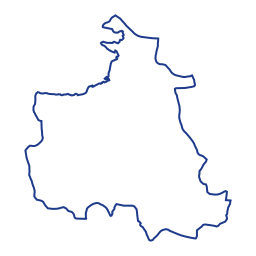 the district of Sinuras, Al Fayyum, Egypt
{"feature_id": "37247803B57049820860179", "entity_name": "Sinuras", "entity_type": "district", "adm_level": 2, "iso_a3": "EGY", "parent_name": "Egypt", "parent_adm1": "Al Fayyum", "projection": "orthographic", "projection_center": [30.822, 29.442], "detail": "fine", "context": "isolated", "style": "outline", "palette": "blue", "viewbox_px": 256, "rotation_deg": 0, "n_neighbors": 0, "source": "geoboundaries", "source_scale": "gbopen_adm2", "svg_char_len": 5692}
<svg xmlns="http://www.w3.org/2000/svg" viewBox="0 0 256 256"><path d="M86.2,218.5L85.9,217.7L85.8,213.3L86.0,212.2L86.5,210.9L86.9,208.8L87.7,207.7L90.5,205.5L92.3,204.4L93.5,203.8L96.4,203.0L98.6,203.2L100.7,204.4L102.6,205.1L104.4,206.4L105.8,207.4L107.2,209.2L108.0,210.7L110.3,215.6L110.8,215.9L111.5,215.6L112.5,213.4L112.2,211.9L112.7,211.1L114.2,209.2L114.5,208.1L114.4,207.4L115.9,204.7L116.7,204.1L119.6,204.8L122.2,205.3L123.8,205.7L125.7,205.7L132.7,205.7L134.3,206.4L136.5,209.2L136.8,210.8L137.2,213.9L137.2,214.7L138.0,220.9L138.8,221.5L139.3,221.5L140.7,223.2L140.2,224.1L140.2,225.1L141.0,226.1L142.7,227.1L146.0,232.0L146.9,235.1L147.7,236.4L148.0,237.4L148.6,238.7L149.4,240.2L150.8,240.6L152.3,240.1L152.8,239.9L154.0,238.3L155.3,237.2L157.1,235.5L159.9,232.0L161.1,230.9L162.4,230.1L165.5,229.2L166.9,229.4L168.7,229.9L169.5,230.7L177.8,234.1L181.0,235.3L184.9,236.4L190.2,237.6L195.2,238.5L195.8,238.4L196.5,237.4L197.0,235.3L196.9,234.2L197.0,230.3L201.1,227.0L201.6,226.7L202.6,225.4L203.4,224.8L205.5,224.5L213.1,225.6L215.0,226.0L216.6,226.5L218.1,225.9L220.2,223.7L225.1,221.7L226.8,219.3L227.0,218.0L226.2,215.2L226.7,214.6L227.2,213.8L227.3,211.7L227.8,209.4L228.0,208.0L229.5,204.8L230.0,204.0L230.2,202.7L230.2,201.9L230.6,200.5L229.8,200.4L229.1,200.4L227.5,200.2L225.9,200.2L226.7,194.2L226.9,191.8L225.6,191.1L224.0,191.7L222.8,192.5L219.9,193.9L217.3,194.5L215.0,194.6L211.8,194.2L209.7,194.0L207.3,192.0L206.9,187.8L206.8,186.7L206.0,184.4L204.6,184.2L203.6,184.0L202.0,182.7L200.6,181.4L199.1,177.0L199.1,175.2L199.3,174.9L199.5,173.4L199.5,171.0L200.7,169.7L202.2,167.3L202.9,165.7L203.7,164.3L206.0,161.6L206.7,159.5L203.1,156.2L199.4,154.8L198.3,153.8L197.5,152.5L197.2,151.2L197.2,150.4L196.1,148.3L194.9,145.8L194.0,143.4L192.4,140.9L189.4,137.0L187.7,135.0L186.4,133.5L183.9,130.9L182.5,128.9L181.3,124.5L180.5,122.7L179.3,118.3L179.2,115.6L179.6,112.7L179.8,109.9L179.4,105.9L178.5,102.6L177.2,97.4L177.0,96.3L176.9,95.3L175.5,93.0L175.2,91.2L174.9,88.8L176.1,88.2L184.8,88.0L187.4,87.6L189.0,87.3L191.3,87.0L193.4,86.4L194.2,86.3L194.9,85.3L194.9,84.0L194.3,82.1L194.2,80.1L192.0,75.4L191.2,75.7L190.2,76.3L189.1,76.3L184.9,77.0L183.9,77.0L182.3,76.8L176.5,75.4L174.4,74.7L171.9,72.9L171.1,71.9L169.5,69.4L168.4,68.3L166.2,65.8L165.4,65.0L162.7,64.3L160.1,64.2L159.0,63.9L157.4,62.9L156.3,61.7L156.1,60.9L155.8,59.9L155.5,59.1L155.5,58.6L155.6,55.7L156.1,53.8L156.3,52.2L157.0,49.3L157.9,45.9L157.8,44.1L158.0,41.7L158.2,39.9L158.2,38.5L152.1,38.2L144.0,37.2L141.1,36.8L137.9,35.8L134.7,33.8L131.9,31.0L126.3,25.7L124.3,23.2L122.2,20.9L121.3,19.9L120.2,18.6L115.4,15.4L113.4,16.7L112.3,17.3L111.1,18.6L109.6,21.1L109.1,21.6L107.5,22.4L106.2,22.7L104.9,23.3L104.4,23.8L103.4,24.7L102.9,25.7L102.7,26.8L102.9,27.2L112.2,29.1L112.8,30.6L113.3,31.4L114.2,32.2L114.7,32.4L115.7,32.6L117.8,32.6L118.4,32.3L119.1,31.7L120.2,31.2L120.7,31.2L121.5,30.9L122.0,30.9L122.8,31.4L122.5,31.9L122.8,32.1L122.8,32.9L123.1,33.7L123.4,34.2L123.7,35.0L123.2,35.5L122.7,35.8L123.0,36.6L123.5,37.4L123.5,37.9L123.3,38.7L121.8,40.0L121.0,40.1L120.2,39.8L119.5,41.4L119.5,41.9L118.7,42.7L118.2,43.0L117.9,43.3L117.4,43.1L117.1,42.8L116.6,42.8L115.8,42.6L115.0,42.1L114.5,41.8L113.4,41.9L112.9,42.7L112.2,43.0L111.1,43.0L110.6,42.8L107.2,42.9L104.8,42.2L104.3,42.2L103.5,41.7L101.9,42.3L101.7,42.5L101.1,42.8L100.9,43.1L101.4,43.8L101.7,44.6L102.3,44.9L103.1,45.4L103.6,45.6L104.4,45.8L106.6,47.9L106.8,48.4L107.4,48.9L107.9,49.1L109.0,50.1L109.8,50.4L110.3,50.9L114.6,52.6L115.1,51.0L115.3,50.5L116.1,51.0L116.4,51.2L116.9,52.0L118.6,55.6L118.1,56.4L117.4,56.7L116.6,56.7L116.3,57.5L116.4,58.0L116.9,58.3L117.2,58.8L116.7,59.3L115.4,59.9L114.8,59.9L113.8,60.5L112.8,60.8L112.3,61.0L111.5,61.8L111.3,62.6L110.8,63.7L110.6,64.8L109.9,68.4L109.9,69.0L109.5,70.8L109.0,71.6L109.0,72.1L108.7,72.7L108.5,73.7L108.6,75.6L108.5,76.5L107.8,77.4L107.1,77.2L106.8,76.9L105.8,77.5L105.5,78.0L105.0,78.3L104.7,78.6L105.3,79.3L106.8,78.8L108.2,78.7L109.0,79.2L109.3,80.3L108.5,80.5L108.0,80.6L107.2,80.8L106.4,81.7L105.6,81.9L105.1,82.2L104.6,82.2L104.2,82.4L103.5,81.8L102.2,82.3L102.0,82.6L102.0,83.1L100.7,83.7L100.5,83.4L99.1,83.5L95.5,85.4L94.2,86.0L94.0,86.3L92.8,86.8L92.4,86.8L91.9,86.3L92.7,85.8L92.4,85.5L91.6,85.8L91.1,86.1L90.3,86.1L89.3,86.7L88.8,86.7L88.0,88.0L86.8,90.7L86.8,91.2L86.6,91.7L86.1,92.5L85.8,92.8L84.5,93.6L83.0,94.2L81.4,94.5L80.6,94.6L79.3,94.9L78.6,94.9L77.8,95.2L77.2,94.4L76.4,93.9L75.6,93.9L74.9,94.2L74.4,94.8L73.8,95.0L73.1,95.1L72.3,95.4L71.5,95.4L71.2,95.1L70.4,94.9L69.9,94.9L69.6,94.7L68.8,94.4L68.3,94.2L68.0,93.9L67.5,93.9L66.7,94.2L66.2,94.5L63.3,94.6L63.1,94.9L62.6,95.2L61.8,95.2L61.0,95.0L60.4,94.4L59.7,94.5L58.6,94.2L57.8,94.5L55.7,94.6L55.2,94.4L53.9,94.1L52.0,94.2L51.2,94.0L49.7,94.0L49.1,93.8L48.6,93.8L47.8,93.6L46.8,93.1L44.1,93.2L43.6,93.4L42.0,93.5L41.0,93.3L40.5,93.3L39.9,93.0L39.1,92.5L38.6,92.3L37.8,92.1L37.3,92.6L36.3,93.4L35.5,95.3L35.3,96.6L35.4,99.7L35.1,103.9L33.6,106.6L33.4,109.7L34.0,112.1L34.9,113.4L35.4,114.7L36.8,117.0L37.4,118.3L38.5,120.1L40.6,121.0L41.4,121.0L41.7,129.4L42.0,131.2L42.2,135.4L42.8,137.7L42.3,139.8L41.6,140.9L40.3,142.3L38.0,144.4L36.0,145.5L34.4,146.1L30.0,145.7L28.7,146.6L27.9,147.4L25.9,149.8L25.4,150.6L26.7,158.2L29.3,165.9L29.5,171.9L29.2,174.9L30.6,178.5L30.8,179.0L31.7,181.0L32.3,183.4L33.2,186.2L33.8,187.5L34.6,190.6L34.7,192.2L34.5,193.0L34.3,196.4L34.9,197.4L36.8,199.7L40.0,200.4L41.8,200.9L43.2,201.9L45.1,205.2L47.8,208.3L52.6,208.9L57.3,208.7L58.9,208.4L62.0,207.5L63.8,207.2L66.5,208.7L67.0,209.5L68.4,211.0L71.6,211.9L72.1,212.2L73.7,214.0L74.6,217.3L75.2,218.1L76.8,218.6L81.0,218.7L84.1,218.8L86.0,218.8L86.2,218.5Z" fill="none" stroke="#1e3a8a" stroke-width="2"/></svg>